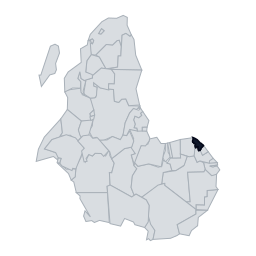 Liberia on a map of Africa (Natural Earth projection), rotated 180°
{"feature_id": "LBR", "entity_name": "Liberia", "entity_type": "country or territory", "adm_level": 0, "iso_a3": "LBR", "parent_name": "Africa", "parent_adm1": "", "projection": "natural_earth1", "projection_center": [-9.107, 6.445], "detail": "fine", "context": "in_parent", "style": "filled", "palette": "ink", "viewbox_px": 256, "rotation_deg": 180, "n_neighbors": 49, "source": "natural_earth", "source_scale": "50m", "svg_char_len": 11062}
<svg xmlns="http://www.w3.org/2000/svg" viewBox="0 0 256 256"><g transform="rotate(180 128 128)"><path d="M174.6,134.9L188.7,146.5L188.3,158.4L191.2,164.1L189.0,165.9L175.6,167.8L173.7,161.3L165.7,157.9L162.8,152.3L162.2,146.0L166.0,142.4L165.2,135.5L174.6,134.9Z" fill="#d9dde1" stroke="#a8b0b8" stroke-width="1"/><path d="M60.0,46.5L60.0,51.3L51.5,51.1L51.5,59.1L49.0,59.4L48.9,65.5L38.0,66.5L48.6,45.7L60.0,46.5Z" fill="#d9dde1" stroke="#a8b0b8" stroke-width="1"/><path d="M162.2,146.0L165.7,157.9L160.3,158.5L159.0,168.7L162.3,169.9L162.4,173.3L155.8,168.1L142.5,166.5L141.6,154.7L137.3,153.6L134.3,156.8L130.2,157.1L127.2,150.3L116.1,150.0L119.9,146.0L122.5,147.5L126.4,143.0L130.8,133.3L133.2,118.9L135.7,116.3L143.6,119.5L152.3,115.6L156.9,115.7L159.8,118.7L163.2,117.7L167.2,125.1L163.7,130.1L162.2,146.0Z" fill="#d9dde1" stroke="#a8b0b8" stroke-width="1"/><path d="M195.2,137.2L193.6,123.3L196.6,118.8L204.1,116.4L211.5,107.1L200.3,103.4L197.1,99.1L198.6,96.3L202.6,99.5L219.8,94.6L217.6,106.8L211.7,118.9L195.2,137.2Z" fill="#d9dde1" stroke="#a8b0b8" stroke-width="1"/><path d="M188.7,146.5L174.6,134.9L177.6,126.1L174.7,118.8L178.2,114.9L185.8,120.8L195.9,119.8L193.6,123.3L195.2,137.2L188.7,146.5Z" fill="#d9dde1" stroke="#a8b0b8" stroke-width="1"/><path d="M149.2,106.4L147.1,105.0L146.2,104.1L146.3,100.6L141.8,92.8L144.3,83.2L146.6,83.4L145.9,69.7L148.9,69.7L148.5,63.4L179.7,63.4L182.2,74.0L184.8,75.9L180.8,79.2L179.9,89.8L174.9,98.9L174.4,105.0L170.7,93.9L167.2,101.5L163.6,100.0L160.9,102.7L154.9,102.5L150.4,100.0L147.3,105.2L149.2,106.4Z" fill="#d9dde1" stroke="#a8b0b8" stroke-width="1"/><path d="M145.9,71.0L146.6,83.4L144.3,83.2L141.8,92.8L144.4,97.3L131.5,107.4L124.3,108.9L120.7,102.3L124.7,100.9L122.1,90.5L119.2,87.3L123.6,80.2L124.9,68.5L121.8,60.7L124.3,59.0L145.9,71.0Z" fill="#d9dde1" stroke="#a8b0b8" stroke-width="1"/><path d="M124.7,221.2L126.0,219.6L130.1,222.6L133.9,220.8L134.7,209.2L136.8,215.7L138.7,215.4L143.5,210.8L149.6,211.5L160.2,200.9L164.8,201.4L166.2,208.0L165.6,212.6L163.5,212.3L162.3,215.4L163.7,217.1L167.9,215.4L165.7,221.7L154.1,234.3L147.6,238.0L139.4,237.7L132.8,240.6L128.7,238.6L128.9,230.8L124.7,221.2ZM157.3,222.4L155.0,222.0L151.9,225.2L154.5,227.3L157.3,222.4Z" fill="#d9dde1" stroke="#a8b0b8" stroke-width="1"/><path d="M157.3,222.4L154.5,227.3L151.9,225.2L155.0,222.0L157.3,222.4Z" fill="#d9dde1" stroke="#a8b0b8" stroke-width="1"/><path d="M164.8,201.4L156.6,199.0L150.0,187.2L154.7,187.9L163.6,180.3L170.3,184.0L169.1,195.3L164.8,201.4Z" fill="#d9dde1" stroke="#a8b0b8" stroke-width="1"/><path d="M160.2,200.9L149.6,211.5L143.5,210.8L138.7,215.4L136.8,215.7L134.7,209.2L135.2,200.1L137.8,200.0L138.4,188.9L150.0,187.2L156.6,199.0L160.2,200.9Z" fill="#d9dde1" stroke="#a8b0b8" stroke-width="1"/><path d="M135.2,200.1L133.9,220.8L130.1,222.6L126.0,219.6L124.7,221.2L122.0,216.5L120.3,200.9L114.2,185.9L149.5,186.7L138.4,188.9L137.8,200.0L135.2,200.1Z" fill="#d9dde1" stroke="#a8b0b8" stroke-width="1"/><path d="M38.6,89.7L36.2,86.1L40.3,80.7L44.4,80.3L50.8,86.5L52.5,93.3L38.7,93.4L38.3,91.0L46.3,89.9L38.6,89.7Z" fill="#d9dde1" stroke="#a8b0b8" stroke-width="1"/><path d="M52.5,93.3L50.8,86.5L52.1,84.1L68.4,83.7L65.8,54.2L69.8,54.1L91.3,70.6L91.3,72.6L94.3,72.3L92.8,83.5L80.3,85.4L72.5,90.0L68.8,99.7L61.8,100.2L58.9,93.7L56.1,95.1L52.5,93.3Z" fill="#d9dde1" stroke="#a8b0b8" stroke-width="1"/><path d="M38.0,66.5L48.9,65.5L49.0,59.4L51.5,59.1L51.5,51.1L60.0,51.3L60.0,46.5L69.8,54.1L65.8,54.2L68.4,83.7L52.1,84.1L50.8,86.5L44.4,80.3L39.4,81.7L40.0,69.4L38.0,66.5Z" fill="#d9dde1" stroke="#a8b0b8" stroke-width="1"/><path d="M90.6,112.5L88.4,112.9L87.8,103.6L85.3,99.4L90.8,93.9L93.4,98.6L90.6,105.5L90.6,112.5Z" fill="#d9dde1" stroke="#a8b0b8" stroke-width="1"/><path d="M121.8,60.7L124.9,68.5L123.6,80.2L119.2,87.3L122.1,90.5L121.1,93.1L118.1,89.7L107.3,92.1L97.7,88.8L94.1,89.9L92.9,95.7L85.9,92.0L84.1,85.5L92.8,83.5L94.3,72.3L114.2,58.8L120.0,61.9L121.8,60.7Z" fill="#d9dde1" stroke="#a8b0b8" stroke-width="1"/><path d="M90.6,112.5L94.8,89.2L107.3,92.1L118.1,89.7L122.2,94.4L114.9,110.3L108.1,111.9L106.2,117.1L99.2,118.7L95.0,112.5L90.6,112.5Z" fill="#d9dde1" stroke="#a8b0b8" stroke-width="1"/><path d="M121.9,92.0L124.7,100.9L120.7,102.3L124.7,108.1L122.3,117.3L126.3,126.6L109.3,124.9L106.2,118.0L106.9,114.9L110.5,110.1L114.9,110.3L121.9,92.0Z" fill="#d9dde1" stroke="#a8b0b8" stroke-width="1"/><path d="M85.7,97.8L88.4,112.9L86.2,113.5L83.1,98.7L85.7,97.8Z" fill="#d9dde1" stroke="#a8b0b8" stroke-width="1"/><path d="M83.3,97.7L86.2,113.5L75.7,116.5L75.4,97.9L83.3,97.7Z" fill="#d9dde1" stroke="#a8b0b8" stroke-width="1"/><path d="M61.8,100.2L66.7,99.2L75.7,102.0L75.7,116.5L62.7,118.4L63.0,114.2L60.3,111.9L61.8,100.2Z" fill="#d9dde1" stroke="#a8b0b8" stroke-width="1"/><path d="M46.7,92.8L56.1,95.1L58.9,93.7L61.8,100.2L61.1,108.1L58.6,109.2L57.2,105.4L55.2,106.0L53.5,100.7L47.8,104.3L42.8,97.6L46.7,92.8Z" fill="#d9dde1" stroke="#a8b0b8" stroke-width="1"/><path d="M38.7,93.4L46.7,92.8L46.5,95.2L42.8,97.6L38.7,93.4Z" fill="#d9dde1" stroke="#a8b0b8" stroke-width="1"/><path d="M47.8,104.3L53.5,100.7L55.9,105.8L52.7,110.9L47.8,104.3Z" fill="#d9dde1" stroke="#a8b0b8" stroke-width="1"/><path d="M68.8,99.7L71.8,90.8L80.3,85.4L84.1,85.5L85.9,92.0L89.0,92.7L85.7,97.8L75.4,97.9L75.7,102.0L68.8,99.7Z" fill="#d9dde1" stroke="#a8b0b8" stroke-width="1"/><path d="M156.9,115.7L148.9,116.1L143.6,119.5L135.7,116.3L133.0,121.1L129.4,120.4L126.4,124.9L122.2,115.0L124.3,108.9L131.5,107.4L144.4,97.3L146.2,104.1L156.9,115.7Z" fill="#d9dde1" stroke="#a8b0b8" stroke-width="1"/><path d="M133.0,121.1L130.8,133.3L126.4,143.0L122.5,147.5L117.3,145.8L115.4,147.7L113.2,144.4L115.3,142.7L114.2,140.6L117.2,138.1L121.0,139.7L122.2,136.1L120.6,131.9L121.8,128.3L119.1,127.9L118.6,124.9L126.3,126.6L129.4,120.4L133.0,121.1Z" fill="#d9dde1" stroke="#a8b0b8" stroke-width="1"/><path d="M113.7,125.0L118.2,124.8L119.1,127.9L121.8,128.3L120.6,131.9L122.2,136.1L121.0,139.7L117.2,138.1L114.2,140.6L115.3,142.7L113.2,144.4L107.1,135.4L108.9,128.8L113.7,128.7L113.7,125.0Z" fill="#d9dde1" stroke="#a8b0b8" stroke-width="1"/><path d="M109.3,124.9L113.7,125.0L113.7,128.7L108.9,128.8L109.3,124.9Z" fill="#d9dde1" stroke="#a8b0b8" stroke-width="1"/><path d="M165.7,157.9L172.3,162.1L170.3,174.7L171.7,175.5L163.5,178.1L163.6,180.3L154.7,187.9L144.6,186.6L141.3,182.1L141.7,172.1L147.3,172.2L147.2,166.0L155.8,168.1L162.4,173.3L162.3,169.9L159.0,168.7L159.5,160.5L161.1,158.2L165.7,157.9Z" fill="#d9dde1" stroke="#a8b0b8" stroke-width="1"/><path d="M171.1,160.7L175.0,163.6L175.3,174.3L178.2,177.5L176.1,184.3L174.9,177.5L170.3,174.7L172.9,164.7L171.1,160.7Z" fill="#d9dde1" stroke="#a8b0b8" stroke-width="1"/><path d="M175.6,167.8L183.4,168.0L191.2,164.1L191.7,177.7L187.8,184.1L174.8,193.6L175.5,207.2L168.7,211.1L167.9,215.4L165.9,215.4L164.8,201.4L169.1,195.3L170.3,184.0L163.7,181.4L163.5,178.1L171.7,175.5L174.9,177.5L176.1,184.3L178.2,177.5L175.3,174.3L175.6,167.8Z" fill="#d9dde1" stroke="#a8b0b8" stroke-width="1"/><path d="M165.9,215.4L163.7,217.1L162.3,215.4L163.5,212.3L165.9,215.4Z" fill="#d9dde1" stroke="#a8b0b8" stroke-width="1"/><path d="M115.4,147.7L117.3,147.5L116.1,150.0L115.4,147.7ZM116.4,151.0L127.2,150.3L130.2,157.1L134.3,156.8L137.3,153.6L141.6,154.7L142.5,166.5L147.5,167.0L147.3,172.2L141.7,172.1L141.3,182.1L144.6,186.6L114.2,185.9L120.0,167.2L116.4,151.0Z" fill="#d9dde1" stroke="#a8b0b8" stroke-width="1"/><path d="M165.3,139.5L166.0,142.4L162.2,146.0L161.4,140.8L165.3,139.5Z" fill="#d9dde1" stroke="#a8b0b8" stroke-width="1"/><path d="M214.6,169.5L217.0,180.9L215.2,180.9L205.6,209.8L201.0,211.8L197.6,209.9L196.5,203.0L200.4,192.5L199.6,186.2L201.2,182.5L206.2,181.1L214.6,169.5Z" fill="#d9dde1" stroke="#a8b0b8" stroke-width="1"/><path d="M38.3,91.0L43.0,88.8L46.3,89.9L38.3,91.0Z" fill="#d9dde1" stroke="#a8b0b8" stroke-width="1"/><path d="M106.7,37.4L101.1,25.5L103.0,16.6L105.6,15.4L107.4,17.3L109.5,16.2L107.8,24.8L111.4,28.5L106.7,37.4Z" fill="#d9dde1" stroke="#a8b0b8" stroke-width="1"/><path d="M60.0,46.5L60.0,42.0L78.8,31.3L76.5,22.2L78.9,20.5L85.5,17.7L103.0,16.6L101.1,25.5L105.4,31.8L107.7,40.2L106.9,50.6L109.7,56.0L114.2,58.8L98.0,70.9L91.3,72.6L91.3,70.6L60.0,46.5Z" fill="#d9dde1" stroke="#a8b0b8" stroke-width="1"/><path d="M180.2,87.1L180.8,79.2L184.8,75.9L187.5,82.4L198.2,92.5L196.3,92.9L189.7,86.8L180.2,87.1Z" fill="#d9dde1" stroke="#a8b0b8" stroke-width="1"/><path d="M48.6,45.7L57.7,38.6L58.4,30.3L64.5,25.5L66.9,20.3L76.5,22.2L78.8,31.3L60.0,42.0L60.1,45.7L48.6,45.7Z" fill="#d9dde1" stroke="#a8b0b8" stroke-width="1"/><path d="M179.7,63.4L148.5,63.4L146.7,33.4L156.5,35.6L161.6,33.5L164.3,35.4L170.1,34.5L172.4,39.9L171.0,45.2L165.6,39.1L176.1,57.4L175.9,60.0L179.7,63.4Z" fill="#d9dde1" stroke="#a8b0b8" stroke-width="1"/><path d="M146.0,32.4L148.9,69.7L145.9,71.0L124.3,59.0L120.0,61.9L109.7,56.0L106.9,50.6L107.8,34.0L111.4,28.5L121.1,31.3L122.5,34.0L131.4,37.5L135.4,29.9L146.0,32.4Z" fill="#d9dde1" stroke="#a8b0b8" stroke-width="1"/><path d="M211.5,107.1L204.1,116.4L189.7,121.3L180.5,118.2L171.7,107.8L180.2,87.1L183.3,87.7L184.0,85.4L194.1,90.1L196.3,92.9L194.9,97.6L197.7,98.0L200.3,103.4L211.5,107.1Z" fill="#d9dde1" stroke="#a8b0b8" stroke-width="1"/><path d="M196.3,92.9L198.9,93.4L197.7,98.0L194.9,97.6L196.3,92.9Z" fill="#d9dde1" stroke="#a8b0b8" stroke-width="1"/><path d="M174.6,134.9L162.9,136.2L167.4,120.2L174.7,118.8L176.1,120.9L177.6,126.1L174.6,134.9Z" fill="#d9dde1" stroke="#a8b0b8" stroke-width="1"/><path d="M165.2,135.5L166.1,139.1L161.4,140.8L162.2,137.0L165.2,135.5Z" fill="#d9dde1" stroke="#a8b0b8" stroke-width="1"/><path d="M166.3,121.1L163.2,117.7L158.6,118.3L147.3,105.2L152.3,99.6L154.9,102.5L160.9,102.7L163.6,100.0L167.2,101.5L169.9,97.5L168.9,94.7L171.9,94.1L174.4,105.0L171.7,107.8L178.2,114.9L173.1,120.2L166.3,121.1Z" fill="#d9dde1" stroke="#a8b0b8" stroke-width="1"/><path d="M52.5,110.5L52.6,110.4L52.8,109.9L53.1,109.5L53.4,109.2L53.6,109.0L53.8,108.8L54.2,108.5L54.7,107.9L54.8,107.8L54.9,107.4L55.0,106.9L55.1,106.7L55.5,106.6L55.7,106.1L55.8,105.7L56.1,105.5L56.3,105.5L56.3,105.8L57.0,105.5L57.1,105.4L57.2,105.7L57.3,105.7L57.5,105.7L57.6,105.8L57.8,106.0L57.8,106.3L57.8,106.5L57.9,106.8L58.0,106.9L58.0,107.0L58.0,107.4L58.0,107.5L58.2,108.0L58.2,108.4L58.1,108.6L58.0,108.8L58.0,109.0L58.2,108.9L58.5,109.0L58.7,109.3L58.8,109.4L58.9,109.5L59.1,109.5L59.3,109.4L59.5,109.4L59.6,109.2L59.8,108.8L59.9,108.7L59.9,108.3L60.0,108.2L60.3,108.1L60.4,108.3L60.5,108.4L60.6,108.5L60.8,108.9L61.1,110.0L61.1,110.3L61.0,110.5L61.0,110.8L60.8,111.1L60.3,111.7L60.3,111.8L60.6,111.9L60.8,112.0L61.0,112.2L61.1,112.3L61.3,112.4L61.5,112.4L61.9,112.4L62.2,112.6L62.3,112.9L62.3,113.1L62.4,113.4L62.6,113.6L62.9,113.6L63.2,113.8L63.3,113.8L63.4,114.4L63.5,114.7L63.5,114.8L63.4,114.9L63.4,115.4L63.3,115.7L63.2,116.0L63.0,116.4L63.0,116.7L63.0,117.0L63.0,117.8L63.0,118.3L63.1,118.5L62.8,118.4L61.9,118.0L61.2,117.7L58.8,116.3L58.2,115.7L57.4,114.8L55.8,113.1L55.4,112.8L54.9,112.7L54.6,112.5L54.4,112.4L54.2,111.9L53.8,111.6L53.1,111.2L52.5,110.5Z" fill="#0f172a" stroke="#020617" stroke-width="1.5"/></g></svg>